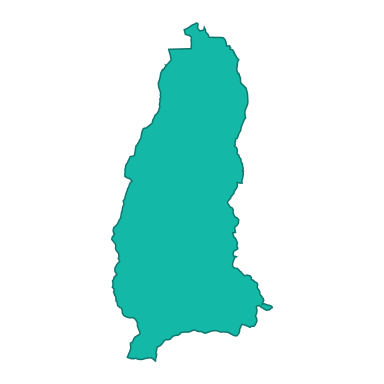 outline of Laslea, Sibiu, Romania
{"feature_id": "2599482B51594900445884", "entity_name": "Laslea", "entity_type": "district", "adm_level": 2, "iso_a3": "ROU", "parent_name": "Romania", "parent_adm1": "Sibiu", "projection": "mercator", "projection_center": [24.643, 46.143], "detail": "fine", "context": "isolated", "style": "filled", "palette": "teal", "viewbox_px": 384, "rotation_deg": 0, "n_neighbors": 0, "source": "geoboundaries", "source_scale": "gbopen_adm2", "svg_char_len": 6013}
<svg xmlns="http://www.w3.org/2000/svg" viewBox="0 0 384 384"><path d="M189.0,332.0L193.5,330.1L194.8,330.1L198.3,331.5L201.6,331.6L203.0,332.5L205.2,333.3L211.9,330.9L216.4,330.6L220.5,332.0L223.7,331.9L227.7,332.2L233.3,335.2L235.0,335.8L236.6,335.8L237.2,335.5L239.0,333.1L239.7,330.8L239.5,329.1L240.3,328.1L240.7,327.2L240.7,326.5L242.0,324.3L244.3,324.9L248.1,326.3L249.7,327.2L250.2,327.3L250.5,326.8L251.4,326.4L254.2,326.1L254.8,325.6L254.9,325.0L256.3,322.7L256.9,321.1L256.7,318.6L256.1,317.1L255.4,316.2L255.4,315.8L256.2,314.4L256.5,313.5L256.9,311.2L257.0,309.6L256.7,308.9L256.3,306.7L256.6,306.2L257.7,305.8L259.3,305.7L261.6,307.5L262.5,307.8L264.1,309.1L266.8,310.3L267.8,309.9L269.4,309.9L271.0,308.3L272.3,307.6L271.8,306.4L269.5,305.3L268.4,305.3L264.3,303.8L263.6,303.9L263.1,303.5L262.2,304.1L262.5,303.0L263.7,300.8L263.5,299.2L263.3,298.5L262.4,297.7L261.5,296.0L259.7,294.1L259.9,292.6L259.3,290.7L257.8,288.6L257.1,287.2L257.6,285.4L257.6,284.4L257.5,283.8L256.9,282.9L255.8,282.2L254.7,281.8L253.6,280.4L251.4,279.5L251.3,277.3L250.0,275.8L247.0,275.1L245.0,275.7L243.8,275.2L241.7,273.0L241.1,271.9L240.0,271.4L239.1,270.1L237.3,268.4L235.4,268.3L233.6,267.6L232.8,266.2L232.6,265.5L232.6,263.0L233.1,262.1L233.8,259.6L234.4,258.7L234.4,257.8L236.5,256.7L236.1,256.5L233.8,256.2L233.1,254.2L233.4,253.0L233.5,251.5L237.7,248.9L237.6,247.5L236.9,247.1L237.0,245.2L237.4,243.6L237.3,242.8L236.3,240.1L235.2,238.1L234.6,237.4L233.6,236.8L233.4,235.3L232.6,232.7L235.5,232.5L234.8,228.7L234.8,227.3L235.5,226.4L236.7,225.7L238.0,223.9L238.5,222.4L238.7,219.7L236.7,217.6L235.3,217.1L234.0,215.3L233.5,214.3L233.5,213.4L233.1,212.5L233.0,211.4L233.2,210.1L232.9,209.0L232.0,207.8L230.8,207.3L229.6,206.3L229.1,205.2L227.7,203.3L227.5,201.9L228.0,201.0L230.6,198.3L231.1,196.2L231.8,196.0L233.1,194.1L233.9,193.5L234.0,192.4L234.3,191.5L236.9,187.4L237.3,186.2L237.4,185.2L237.2,182.5L240.1,183.1L242.1,183.1L241.8,180.4L242.6,178.3L243.3,174.2L243.2,172.6L242.8,171.8L243.4,171.2L242.7,171.0L242.4,170.5L243.1,169.6L243.2,168.5L242.4,165.5L242.5,163.9L241.3,162.1L241.0,161.3L240.9,159.2L240.5,158.5L239.4,157.4L238.8,155.1L237.7,154.5L237.1,153.5L237.0,152.9L237.4,151.5L237.4,150.8L237.1,149.7L237.0,148.6L236.2,147.5L234.6,146.1L234.5,145.7L235.1,145.0L235.2,144.5L234.9,142.8L235.5,141.5L235.4,140.8L235.6,139.2L235.9,138.8L237.2,138.4L239.2,132.9L240.6,130.7L241.2,127.3L242.5,123.8L244.3,119.6L245.5,118.1L245.5,116.9L245.1,115.9L245.1,114.6L244.8,113.6L245.0,110.7L247.5,104.6L247.9,101.9L247.5,94.1L246.6,90.0L245.9,87.9L240.9,83.0L240.5,81.1L240.5,78.1L240.0,77.6L240.0,76.4L239.2,75.7L239.2,74.7L239.2,74.2L238.7,73.3L237.9,73.4L237.4,72.0L237.3,71.2L236.9,71.0L236.8,68.4L237.3,65.4L237.2,65.1L237.5,63.9L237.4,62.6L238.1,60.9L238.8,59.8L236.8,57.6L236.3,56.5L235.5,55.4L235.2,54.3L234.1,53.5L234.1,52.0L232.9,50.5L232.7,49.9L230.2,49.2L230.6,47.7L229.7,46.8L229.6,45.8L226.6,46.0L226.2,43.1L225.3,40.2L223.7,38.1L223.1,37.7L221.2,37.5L209.0,37.3L208.2,34.7L205.8,32.0L205.3,29.4L204.3,27.5L204.0,29.1L203.5,30.0L200.6,30.9L199.6,30.8L199.1,30.0L198.1,29.0L197.5,27.8L197.5,27.3L198.0,24.7L197.9,23.8L197.4,23.3L196.8,23.0L195.8,23.3L194.0,24.4L192.2,25.0L187.4,28.4L184.2,29.8L185.4,34.4L188.5,35.2L189.5,35.7L190.8,36.6L191.5,37.6L191.0,40.5L191.3,41.2L191.4,42.8L191.1,48.7L168.7,49.3L169.1,51.1L170.4,55.2L170.6,57.1L171.0,59.0L171.0,60.0L169.9,61.5L166.1,65.7L165.8,65.5L166.0,66.0L165.8,66.2L165.7,66.0L165.4,67.1L164.7,67.6L164.2,68.5L164.2,68.1L164.1,68.7L163.6,69.2L163.0,69.5L163.0,69.9L162.5,69.7L162.0,70.9L161.7,71.0L161.1,72.7L160.9,72.8L160.4,74.9L160.3,76.3L159.6,79.5L158.2,83.4L158.8,87.6L159.8,90.1L160.6,92.8L160.3,95.1L160.7,96.9L159.8,99.4L160.1,100.1L160.0,101.9L159.4,104.2L159.8,106.9L159.7,107.4L159.1,108.7L159.0,109.3L158.5,111.4L157.9,112.0L157.3,113.3L155.2,115.1L154.4,116.7L154.1,117.8L152.8,120.0L152.3,122.9L150.8,124.4L146.4,127.8L145.6,128.3L144.9,128.1L144.0,128.3L143.2,128.9L143.2,129.4L142.5,130.3L141.7,133.0L141.0,137.4L140.5,139.1L139.5,140.0L139.0,141.9L137.7,143.6L137.3,144.8L136.1,145.6L135.9,147.0L135.5,147.8L135.5,149.4L134.5,155.1L133.1,156.2L130.2,156.6L129.4,158.5L128.2,160.9L127.5,162.8L126.2,164.3L125.7,165.7L125.5,167.7L124.9,169.8L125.2,172.0L124.9,173.8L124.9,176.4L126.8,177.7L130.0,178.8L132.1,181.2L130.5,182.4L129.6,184.2L128.8,186.7L127.4,189.3L127.1,191.1L126.4,192.4L125.9,194.2L125.1,196.7L124.9,198.7L123.3,200.7L123.4,202.1L124.0,204.0L123.5,205.6L122.7,207.0L122.3,209.3L122.4,210.7L121.6,211.9L120.7,217.8L119.0,220.5L117.7,223.6L116.3,225.4L113.7,227.6L113.1,230.9L113.4,232.0L113.7,232.4L113.7,233.5L114.6,234.1L112.5,236.7L111.7,239.0L112.1,239.9L115.4,244.0L115.8,246.3L115.5,248.1L115.7,249.2L116.7,251.2L118.0,252.6L118.6,253.8L118.9,255.8L118.7,257.4L118.2,258.6L118.7,259.0L119.2,260.5L119.7,261.3L119.3,262.1L118.2,262.7L116.5,265.1L115.3,267.3L114.8,268.8L115.0,271.7L115.9,272.7L116.9,274.3L116.4,275.0L115.6,275.3L115.3,276.5L114.2,277.0L113.5,279.7L112.6,280.6L112.6,280.9L112.6,281.8L113.0,283.0L113.0,285.0L112.9,285.7L112.3,287.2L113.9,288.8L114.1,289.4L114.1,290.3L113.6,292.2L114.1,293.6L114.8,294.3L114.6,295.2L115.3,295.9L115.9,297.4L115.9,300.5L116.2,301.2L117.1,301.8L117.1,302.8L117.7,305.7L120.0,307.6L121.2,308.0L121.6,308.6L122.3,310.8L122.4,313.3L123.7,315.3L124.7,316.1L127.4,317.3L129.6,317.8L132.2,317.6L133.9,318.1L135.0,319.0L135.9,320.0L137.4,322.7L137.4,325.5L137.6,326.5L139.9,332.4L140.1,333.9L134.7,337.3L134.1,338.3L132.3,342.3L130.4,343.1L130.5,345.5L130.8,347.5L130.5,349.6L127.3,357.3L131.3,358.7L133.9,358.7L136.2,358.2L137.2,359.0L140.1,359.5L142.9,359.3L144.5,358.7L148.7,357.8L150.3,357.9L151.3,357.7L154.1,359.8L155.2,360.9L155.5,361.0L155.6,358.7L156.1,357.3L156.7,354.1L155.9,353.3L157.2,347.0L157.4,346.8L158.2,346.7L160.7,345.3L162.1,343.7L164.5,340.4L166.5,339.6L168.1,339.8L170.2,339.2L171.5,337.6L173.2,336.2L174.3,335.6L177.9,335.2L179.8,334.1L180.4,333.2L181.3,332.6L183.1,332.1L189.0,332.0Z" fill="#14b8a6" stroke="#0f766e" stroke-width="1.5"/></svg>